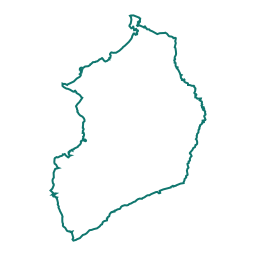 outline of Predeal-Sarari, Prahova, Romania
{"feature_id": "2599482B64670860435463", "entity_name": "Predeal-Sarari", "entity_type": "district", "adm_level": 2, "iso_a3": "ROU", "parent_name": "Romania", "parent_adm1": "Prahova", "projection": "equal_earth", "projection_center": [26.111, 45.192], "detail": "fine", "context": "isolated", "style": "outline", "palette": "teal", "viewbox_px": 256, "rotation_deg": 0, "n_neighbors": 0, "source": "geoboundaries", "source_scale": "gbopen_adm2", "svg_char_len": 5713}
<svg xmlns="http://www.w3.org/2000/svg" viewBox="0 0 256 256"><path d="M114.6,211.6L115.1,210.4L116.0,210.3L117.4,209.4L119.8,208.9L120.3,208.4L120.9,207.1L122.2,206.0L124.7,205.2L126.9,205.4L128.2,205.0L129.3,204.0L130.8,203.6L133.6,202.0L135.4,201.4L136.5,200.2L138.1,199.1L139.7,198.6L142.0,198.8L142.4,198.2L144.5,197.3L146.7,195.7L148.0,195.2L149.3,195.3L151.2,194.1L155.9,192.1L157.3,191.9L159.0,193.3L160.2,192.9L159.7,190.8L160.0,190.7L163.3,189.4L170.7,187.5L170.7,187.2L171.2,186.8L172.8,185.9L173.1,186.3L172.7,186.5L173.6,186.5L173.8,186.1L175.8,185.8L176.1,185.4L180.5,183.6L183.7,183.1L183.7,182.0L184.5,180.3L184.5,179.2L186.2,177.4L186.0,176.3L186.2,175.8L187.5,175.0L187.6,174.5L186.9,170.7L187.5,168.7L188.5,167.7L187.5,164.6L187.5,163.7L188.8,162.9L188.6,161.5L189.5,161.0L190.0,160.2L189.8,158.7L190.7,157.0L191.6,156.0L190.7,154.1L189.9,153.6L189.9,152.9L192.5,149.8L193.3,148.0L194.9,147.2L195.5,145.0L196.3,144.8L197.1,143.9L197.2,142.1L197.0,141.0L196.5,139.7L195.9,139.1L196.7,137.9L196.9,136.7L196.6,135.9L197.0,135.2L197.1,134.0L198.4,132.5L198.5,130.0L199.2,129.4L199.2,128.5L199.6,128.0L199.3,127.2L200.0,126.4L200.0,125.3L201.5,124.2L202.1,123.5L202.2,122.6L203.9,122.2L203.9,121.9L202.7,121.2L202.6,120.6L205.2,120.1L205.5,119.6L204.2,116.3L204.4,115.6L205.5,114.6L205.5,114.0L205.0,113.0L205.2,111.6L204.7,110.9L203.0,109.7L203.3,109.2L204.2,108.9L203.6,107.1L202.9,107.1L202.3,107.8L202.0,107.6L201.9,106.4L201.5,105.4L202.2,104.9L202.3,104.5L201.7,103.5L202.0,102.4L201.8,101.6L199.7,100.3L200.8,98.9L200.9,98.5L197.3,98.7L196.4,97.6L195.3,97.4L195.4,96.6L195.2,96.0L196.1,95.3L196.4,94.8L196.1,94.2L195.1,94.0L194.3,92.9L195.0,91.5L195.3,90.2L195.2,89.3L195.5,88.9L195.3,88.2L194.3,87.2L194.2,86.2L193.8,85.8L191.9,85.8L190.0,85.1L188.0,85.0L188.0,83.7L187.7,83.2L185.7,82.6L184.4,81.7L184.2,81.1L184.5,79.8L184.2,79.4L182.7,80.2L181.9,80.0L181.9,78.9L181.1,78.2L180.7,76.8L180.7,76.3L181.6,75.1L180.3,74.7L180.1,73.6L178.4,70.1L176.9,68.3L177.6,67.8L177.6,67.3L176.2,67.0L175.6,65.8L175.6,63.1L174.6,62.7L174.7,61.4L174.2,60.2L175.1,59.3L175.1,58.9L174.6,58.2L174.8,57.0L175.8,55.1L176.1,53.9L175.9,51.2L175.5,48.4L175.3,47.9L174.7,47.3L175.8,43.1L175.2,41.1L175.6,39.8L175.8,38.2L175.0,37.8L173.4,38.2L172.8,37.2L171.5,36.6L169.3,36.3L168.7,35.9L167.1,33.8L165.3,32.7L164.4,33.0L159.8,33.2L157.3,34.1L152.3,31.3L150.0,30.4L149.2,29.4L147.1,29.3L146.6,28.5L146.2,28.4L146.0,27.9L144.9,26.4L144.5,26.6L144.9,27.2L144.2,27.6L143.8,27.0L143.0,26.9L139.8,25.5L139.2,25.4L137.6,26.0L137.1,25.5L137.7,24.8L137.7,24.2L138.6,24.0L138.7,23.7L137.9,22.1L138.2,21.8L138.8,22.4L139.1,22.5L139.3,21.8L139.7,22.1L140.0,21.8L139.9,20.6L140.2,18.5L139.3,18.1L139.1,17.6L133.5,15.4L130.8,15.5L130.0,15.8L131.0,17.3L131.4,19.7L130.7,23.6L129.6,25.1L129.4,26.0L131.3,28.3L132.8,27.6L133.1,26.7L133.3,26.7L134.1,30.2L135.7,29.9L135.8,29.7L135.5,29.2L136.1,28.9L137.4,30.5L137.9,30.6L137.8,31.4L136.7,32.2L136.8,33.3L137.2,33.8L137.1,34.3L135.5,34.8L134.4,33.5L133.6,33.5L132.2,36.2L132.0,37.2L131.5,38.5L128.9,41.9L124.8,45.8L123.0,47.1L122.5,47.9L119.4,50.7L116.1,52.7L113.1,52.8L111.5,52.4L111.0,52.6L110.0,54.0L110.0,54.5L110.7,55.4L110.3,57.8L109.3,58.0L109.4,59.4L108.8,59.3L107.3,60.8L105.3,61.5L104.1,60.7L102.2,58.1L101.9,58.1L101.0,58.9L99.3,59.5L98.6,60.4L97.1,61.4L96.0,61.5L95.3,62.0L92.9,62.2L91.1,64.0L90.3,64.3L90.1,65.0L88.3,66.2L85.1,66.5L82.9,68.1L81.7,67.6L80.6,67.8L80.4,68.4L79.9,68.6L79.8,69.8L80.6,70.3L81.1,70.3L81.2,71.0L81.5,71.3L81.5,70.5L81.8,69.9L82.1,70.0L81.9,70.3L81.8,71.5L80.8,71.8L80.9,73.2L79.8,74.1L80.9,75.0L80.4,76.0L79.6,76.9L76.8,78.5L73.8,81.5L67.7,84.4L67.2,85.0L64.9,83.9L63.5,84.0L62.5,83.6L62.5,85.9L63.8,87.1L66.4,88.6L67.8,88.8L69.8,89.6L73.3,91.7L74.4,91.7L74.7,90.9L75.1,90.7L76.2,91.9L76.5,93.0L79.1,94.5L80.1,95.3L81.3,97.1L82.3,97.8L79.4,102.1L77.5,104.0L76.0,106.2L76.9,108.4L77.1,109.7L77.6,110.5L77.3,111.8L78.0,112.4L78.4,113.5L80.1,115.4L82.4,116.6L83.4,117.7L84.0,118.6L84.5,119.9L84.5,121.2L83.2,122.4L83.0,123.0L83.2,123.5L82.8,127.4L83.0,127.4L83.1,128.3L83.5,128.6L83.6,129.6L82.9,130.6L82.7,132.9L83.6,132.8L84.1,134.4L83.9,135.9L83.1,136.6L83.4,137.8L82.9,138.6L82.9,139.4L85.3,139.6L86.0,140.4L85.8,141.1L85.3,141.2L83.5,140.3L81.3,140.8L81.1,141.5L80.8,141.7L81.0,142.8L80.2,144.4L78.0,146.3L77.8,146.9L74.2,148.6L73.9,149.2L73.1,149.3L72.5,149.7L72.5,150.6L71.5,150.0L71.1,150.6L70.2,150.7L69.0,151.8L69.5,152.1L69.0,153.0L68.6,153.1L68.8,154.2L69.4,155.3L70.5,155.5L69.7,155.8L68.5,157.4L68.0,157.3L65.5,155.2L65.0,154.2L64.6,154.0L63.3,154.6L62.9,154.5L62.9,155.0L61.9,155.8L59.7,156.4L58.5,157.2L57.4,157.4L56.6,157.1L54.9,158.1L54.6,158.6L54.3,162.1L54.6,163.6L56.1,164.7L57.6,167.6L58.6,168.0L55.2,168.9L53.6,172.8L53.8,177.6L52.7,179.3L52.5,180.7L52.9,183.0L53.3,183.8L53.7,184.1L53.8,185.1L52.4,188.6L50.5,190.5L53.2,193.0L52.9,193.3L53.1,193.9L52.4,194.5L53.5,194.4L55.2,193.4L56.1,193.5L54.0,194.7L53.6,195.2L53.2,195.0L52.8,195.4L53.3,196.4L54.0,196.6L54.7,196.3L55.3,196.6L55.6,197.1L57.2,197.5L56.6,198.6L57.1,199.2L57.9,202.6L58.0,203.6L57.7,204.2L57.8,204.6L58.8,206.6L58.5,207.6L59.6,209.8L59.9,210.9L61.9,214.7L62.6,216.9L62.3,217.4L62.3,221.1L62.5,222.6L63.0,223.8L62.9,225.7L63.3,226.4L65.2,227.8L66.9,230.7L68.4,231.4L69.9,231.3L70.4,232.1L72.3,231.6L71.9,232.4L71.9,233.0L73.3,237.8L72.5,239.4L73.4,240.6L76.0,239.9L77.1,239.2L79.9,238.1L82.8,235.0L85.0,234.3L86.6,233.3L89.5,230.2L91.7,229.9L93.8,229.1L97.1,228.3L99.8,226.3L100.3,225.5L101.4,224.5L102.1,224.3L102.7,222.3L103.3,221.7L104.3,221.1L107.0,220.4L107.1,219.5L106.9,218.5L107.4,218.3L107.4,217.7L107.7,217.2L109.2,216.3L109.7,214.1L111.1,212.4L111.8,212.0L112.8,212.1L113.4,211.3L114.6,211.6Z" fill="none" stroke="#0f766e" stroke-width="2"/></svg>